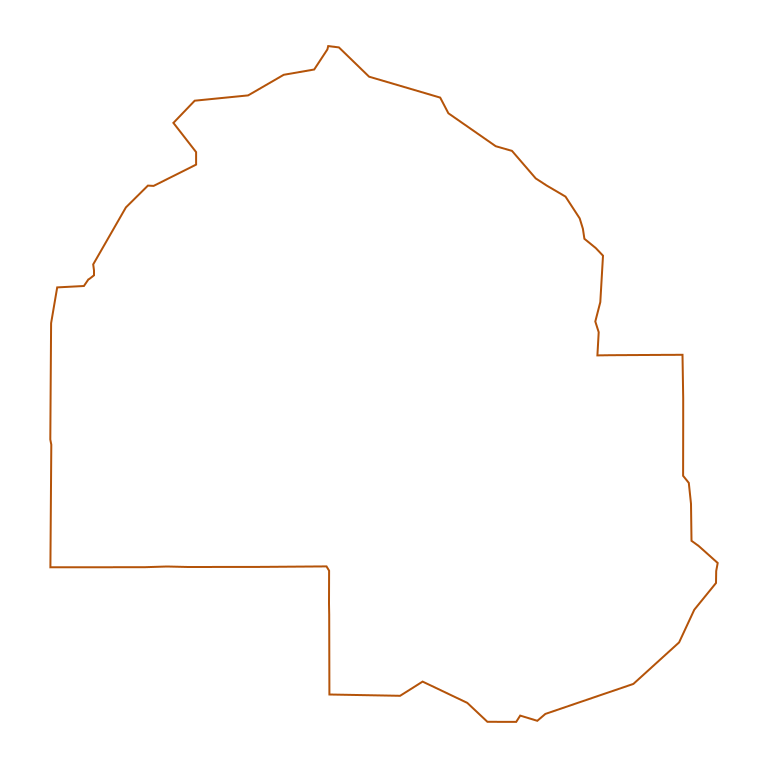 the district of Hennepin, Minnesota, United States of America
{"feature_id": "52423323B44516740829537", "entity_name": "Hennepin", "entity_type": "district", "adm_level": 2, "iso_a3": "USA", "parent_name": "United States of America", "parent_adm1": "Minnesota", "projection": "equal_earth", "projection_center": [-93.451, 45.016], "detail": "fine", "context": "isolated", "style": "outline", "palette": "amber", "viewbox_px": 768, "rotation_deg": 0, "n_neighbors": 0, "source": "geoboundaries", "source_scale": "gbopen_adm2", "svg_char_len": 1008}
<svg xmlns="http://www.w3.org/2000/svg" viewBox="0 0 768 768"><path d="M329.4,694.5L400.1,695.8L422.6,681.6L467.3,702.9L487.4,721.8L516.2,721.9L520.2,715.6L537.3,720.8L545.4,713.9L633.4,683.9L679.1,642.4L694.3,609.7L716.0,583.0L716.2,571.0L717.7,563.0L698.7,546.0L691.5,540.8L691.0,503.8L688.8,482.9L683.1,475.8L683.2,424.7L683.2,398.1L682.5,354.8L661.2,354.9L610.3,355.2L597.4,355.4L598.7,332.2L595.3,321.5L600.3,302.1L603.0,255.7L595.8,248.1L584.4,238.8L582.9,228.8L579.7,218.4L565.5,196.6L546.6,185.5L535.7,178.4L512.0,150.9L495.7,146.2L448.4,113.3L440.2,97.6L369.1,76.7L338.9,47.4L328.2,46.1L327.4,49.4L314.2,69.5L283.7,74.8L248.1,95.4L194.7,100.7L173.4,122.9L196.1,152.1L196.1,164.6L153.6,185.9L147.9,185.6L125.9,207.4L93.2,264.4L94.0,270.4L94.0,275.3L89.1,279.1L88.4,279.4L83.9,286.0L57.2,287.4L51.1,323.2L50.3,439.5L51.3,444.7L50.4,567.3L144.7,567.2L167.0,566.5L188.1,567.0L261.2,566.9L326.5,566.4L329.1,570.7L329.0,603.7L329.2,614.7L329.4,694.5Z" fill="none" stroke="#b45309" stroke-width="2"/></svg>